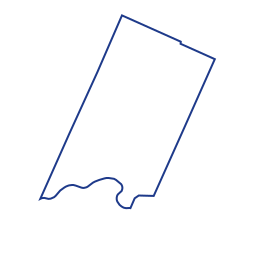 the district of Atchison, Kansas, United States of America, rotated 114°
{"feature_id": "52423323B34368338565604", "entity_name": "Atchison", "entity_type": "district", "adm_level": 2, "iso_a3": "USA", "parent_name": "United States of America", "parent_adm1": "Kansas", "projection": "equal_earth", "projection_center": [-95.118, 39.536], "detail": "fine", "context": "isolated", "style": "outline", "palette": "blue", "viewbox_px": 256, "rotation_deg": 114, "n_neighbors": 0, "source": "geoboundaries", "source_scale": "gbopen_adm2", "svg_char_len": 869}
<svg xmlns="http://www.w3.org/2000/svg" viewBox="0 0 256 256"><g transform="rotate(114 128 128)"><path d="M27.6,179.3L89.4,178.7L157.6,179.3L228.4,179.3L227.1,178.2L225.9,176.0L225.1,171.8L224.0,169.9L221.3,167.4L219.4,166.5L212.7,164.5L208.5,162.1L206.9,161.0L205.5,159.7L204.4,158.5L202.8,155.9L202.3,154.8L201.9,152.4L201.4,146.2L201.1,144.9L200.6,143.8L199.2,142.0L198.2,141.1L192.2,137.8L190.4,136.4L187.1,133.1L183.7,129.1L182.4,127.3L181.5,125.2L180.1,120.1L180.3,117.8L182.1,111.4L182.5,110.8L183.6,109.6L184.9,108.8L186.1,108.4L188.1,108.2L192.4,110.1L193.9,110.4L194.9,110.3L196.5,109.9L198.1,109.1L199.0,108.4L199.7,107.6L201.6,104.5L202.3,102.0L202.5,100.1L202.5,99.2L202.0,97.1L200.3,93.8L200.2,93.2L189.5,93.3L185.3,90.7L179.6,76.9L104.7,76.7L85.9,76.7L29.8,76.7L29.7,114.2L27.7,114.9L27.6,179.3Z" fill="none" stroke="#1e3a8a" stroke-width="2"/></g></svg>